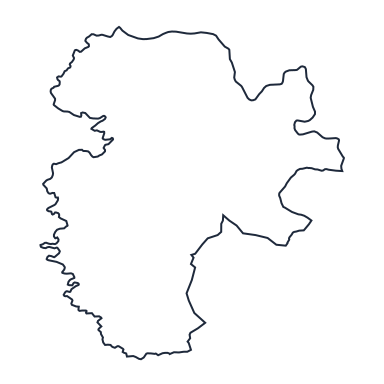 Maseru (Maseru District), Maseru, Lesotho, rotated 89°
{"feature_id": "5366337B82586937750220", "entity_name": "Maseru (Maseru District)", "entity_type": "district", "adm_level": 2, "iso_a3": "LSO", "parent_name": "Lesotho", "parent_adm1": "Maseru", "projection": "equal_earth", "projection_center": [27.512, -29.345], "detail": "fine", "context": "isolated", "style": "outline", "palette": "slate", "viewbox_px": 384, "rotation_deg": 89, "n_neighbors": 0, "source": "geoboundaries", "source_scale": "gbopen_adm2", "svg_char_len": 5941}
<svg xmlns="http://www.w3.org/2000/svg" viewBox="0 0 384 384"><g transform="rotate(89 192 192)"><path d="M308.6,304.0L308.7,300.0L309.2,299.5L310.9,300.1L311.6,299.6L311.4,294.2L314.8,291.6L314.7,287.0L316.0,285.0L316.6,284.7L319.2,288.2L320.7,288.8L324.8,285.0L327.1,287.6L327.9,288.0L328.4,287.9L330.5,285.6L332.4,285.5L335.9,283.6L337.7,284.1L340.9,283.4L343.4,281.6L343.2,278.7L343.5,276.1L345.0,274.9L345.7,273.8L346.4,271.8L344.9,269.3L344.9,268.0L347.5,263.9L348.2,263.3L350.7,264.1L351.5,262.9L352.3,260.6L355.4,259.9L355.0,253.6L356.0,251.1L357.9,247.9L358.3,245.9L356.6,243.1L352.9,240.5L352.5,239.4L352.7,235.7L353.2,232.1L352.9,231.0L354.6,228.7L352.7,224.3L352.4,222.1L352.4,219.2L353.3,217.1L353.6,217.0L351.9,212.8L352.2,207.8L351.6,203.4L351.6,199.4L349.8,195.8L342.9,197.9L341.5,199.0L338.2,196.4L334.6,196.9L332.7,196.0L328.4,188.5L323.0,181.1L313.0,191.8L300.5,197.1L293.2,199.2L280.0,193.7L267.5,190.2L264.0,194.3L257.7,191.6L254.9,193.7L253.8,189.9L244.6,182.6L238.6,177.1L235.5,167.1L232.4,163.5L224.3,163.3L221.1,161.6L215.8,161.2L221.3,155.1L226.3,148.0L234.2,141.7L236.2,129.1L239.3,117.2L246.2,108.6L247.3,99.2L244.9,97.4L244.4,97.5L241.3,95.6L240.0,95.8L239.1,95.4L236.4,93.1L234.4,91.9L233.7,90.6L233.3,88.2L232.5,85.5L232.3,80.9L231.2,79.9L226.2,75.6L222.6,73.1L219.7,76.9L217.7,80.2L216.6,83.3L216.2,86.0L213.7,92.4L209.0,99.8L208.6,100.9L204.7,102.7L199.6,103.9L197.2,104.9L195.5,104.9L194.4,104.5L188.1,98.8L184.9,97.1L179.3,92.9L176.5,89.5L175.5,88.6L172.8,87.1L171.8,85.7L170.8,83.6L170.7,81.2L169.7,76.7L170.1,75.0L170.0,74.5L170.3,71.9L171.5,68.6L171.7,66.0L173.0,62.0L172.8,60.6L171.5,58.6L171.5,57.0L172.1,55.0L173.2,47.7L173.7,41.4L171.3,42.2L168.5,42.4L161.1,39.6L160.3,39.6L159.2,40.6L151.4,45.1L149.8,45.5L147.9,45.3L143.2,44.1L142.0,44.3L141.1,45.6L140.6,47.2L140.9,53.5L140.9,56.8L140.6,58.2L139.5,60.5L134.7,65.8L133.5,68.7L133.7,70.9L136.3,80.1L136.5,83.2L136.3,84.1L135.5,85.1L131.9,87.8L130.1,88.4L127.8,88.3L126.8,88.6L124.0,87.8L122.4,86.3L122.3,85.1L123.7,78.1L123.0,74.6L122.2,73.0L119.7,70.1L116.3,67.7L113.8,67.6L109.0,69.6L99.9,71.7L97.2,71.2L92.0,69.0L88.9,68.8L87.4,69.7L83.3,73.8L82.4,74.3L79.2,75.5L71.1,76.0L69.2,76.9L68.9,77.5L68.3,79.3L68.4,80.2L68.6,81.0L71.6,84.7L71.9,85.9L72.0,92.5L73.2,96.0L74.2,97.3L75.7,98.2L82.7,99.1L84.1,99.6L85.4,100.5L85.9,102.3L86.2,112.2L87.3,115.9L89.2,118.1L92.6,120.4L95.3,123.1L100.5,127.0L101.3,129.2L101.4,131.1L100.5,133.1L98.8,134.8L88.0,140.1L86.8,140.9L82.3,146.3L80.3,147.3L78.3,147.8L72.8,147.0L63.3,149.9L59.8,151.8L50.5,152.2L49.4,153.0L47.2,156.7L39.9,162.8L36.1,165.2L34.5,168.2L33.2,174.6L32.5,180.3L33.5,186.7L33.7,190.6L33.4,194.3L31.4,205.2L31.2,209.3L31.6,212.9L32.3,215.0L33.6,218.3L36.0,222.6L37.5,227.6L38.3,234.8L38.3,238.4L37.5,243.4L33.9,253.0L29.4,258.8L26.6,261.0L25.7,262.1L27.5,264.6L30.1,266.7L33.7,268.6L34.8,269.6L35.6,271.1L35.0,273.6L33.3,278.7L33.2,279.9L33.9,282.5L34.0,284.7L32.6,287.7L32.5,289.6L34.7,292.2L35.9,294.4L36.9,295.3L38.2,295.8L39.0,296.0L40.8,294.6L42.5,292.6L44.4,292.5L45.1,293.1L46.5,296.7L49.8,300.5L49.9,301.9L48.8,303.1L47.9,305.0L48.0,306.1L48.4,306.7L53.5,308.8L56.0,307.6L57.4,308.0L59.8,309.7L61.4,311.7L62.3,312.0L64.0,311.2L65.3,311.6L66.3,313.9L68.2,315.3L69.0,317.2L71.5,318.4L74.1,320.4L74.4,321.0L74.1,323.5L75.1,324.9L76.7,324.6L77.9,323.8L78.7,322.6L79.6,322.3L82.0,322.5L83.0,323.1L83.5,324.0L84.4,328.0L85.3,328.6L86.3,330.7L87.5,331.4L89.0,331.6L90.5,331.3L96.3,327.3L97.8,327.3L102.0,328.8L102.6,328.6L106.1,324.3L108.8,320.0L109.2,318.7L109.4,315.2L109.8,313.3L113.0,308.7L114.9,303.0L114.8,301.8L113.5,301.3L111.2,301.5L110.6,300.0L111.2,297.3L116.1,292.8L116.7,289.7L117.0,284.7L116.5,282.8L114.5,279.6L114.3,278.7L114.5,278.2L115.1,277.4L115.9,277.0L117.4,277.7L119.2,280.2L119.8,281.9L121.5,284.8L123.9,287.6L126.3,291.1L127.1,291.5L129.1,288.2L128.7,286.0L130.3,282.7L130.4,281.0L130.1,279.6L130.3,278.8L131.7,278.7L136.6,280.4L137.0,280.3L137.7,279.5L138.3,277.9L137.9,273.1L136.5,271.2L136.8,270.4L137.7,270.0L138.2,270.1L142.7,274.7L143.3,277.7L143.7,278.2L146.4,279.6L148.5,278.2L149.9,278.3L152.9,281.4L153.8,283.9L154.9,285.6L155.5,289.8L154.9,290.9L153.3,292.3L150.9,293.7L149.6,295.1L149.2,297.3L149.1,299.7L148.7,300.5L147.9,301.2L147.9,304.3L150.1,309.2L155.9,314.8L160.1,322.0L160.9,325.1L161.8,327.4L161.3,329.6L161.8,330.5L162.8,331.2L165.0,331.7L170.8,330.6L172.7,330.9L175.0,331.9L176.4,333.5L177.3,336.3L178.0,337.5L181.3,340.7L182.2,340.5L185.9,337.2L188.7,336.7L190.4,335.7L191.1,334.7L191.2,333.6L190.5,331.6L190.6,329.8L194.9,328.5L195.3,327.3L195.2,326.2L196.3,326.0L198.0,326.3L201.8,328.7L202.6,329.8L205.5,335.9L206.8,337.2L207.4,337.3L208.0,336.9L208.7,335.7L209.0,333.5L209.3,333.0L211.6,332.4L212.1,331.7L211.5,330.4L210.1,329.3L210.1,328.3L210.8,326.2L211.9,325.3L213.0,325.2L214.7,325.5L216.1,323.8L218.8,318.2L223.3,317.0L223.7,317.2L224.1,318.2L226.1,320.5L226.4,324.8L227.4,327.6L229.5,329.4L232.3,330.8L234.0,330.8L235.8,329.6L235.9,329.2L235.1,327.5L237.1,326.3L238.8,326.5L240.9,328.3L241.7,329.9L241.3,332.5L241.6,334.0L241.2,336.0L240.2,338.7L240.3,340.0L241.7,342.2L242.3,344.4L243.1,344.4L244.3,343.9L245.3,341.5L245.6,339.2L244.8,337.8L244.4,335.8L245.9,330.5L245.2,328.1L245.5,327.5L248.5,325.4L249.0,325.2L250.9,326.0L254.3,330.1L254.8,331.0L253.6,333.9L253.2,336.1L254.4,337.6L256.5,338.5L257.2,337.9L257.7,336.7L259.5,328.6L262.2,322.4L264.6,320.7L265.5,320.5L267.3,321.1L269.9,323.2L270.6,323.0L271.3,320.8L271.5,318.7L271.2,314.4L271.9,312.6L275.1,311.1L275.9,311.2L277.2,314.6L278.0,315.8L279.7,317.1L282.4,317.8L283.0,316.6L283.2,313.3L281.0,312.0L280.4,310.9L281.0,307.9L281.7,307.0L282.4,306.8L283.0,307.1L284.1,309.8L287.1,314.2L289.6,315.4L289.8,316.2L289.0,318.8L289.3,319.7L290.2,320.7L292.6,322.1L293.7,321.4L294.0,320.5L293.9,318.7L297.4,313.8L298.4,313.4L301.4,314.6L302.7,314.1L304.4,309.9L304.7,307.2L307.5,307.6L308.3,307.4L308.9,306.4L308.6,304.0Z" fill="none" stroke="#1e293b" stroke-width="2"/></g></svg>